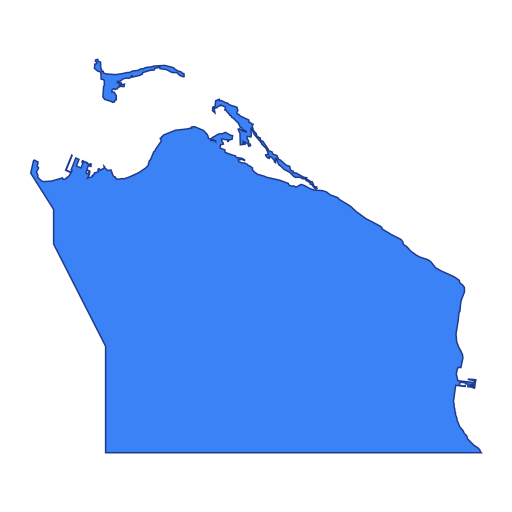 79, Madinat ach Shamal, Qatar
{"feature_id": "91078587B50341524344212", "entity_name": "79", "entity_type": "district", "adm_level": 2, "iso_a3": "QAT", "parent_name": "Qatar", "parent_adm1": "Madinat ach Shamal", "projection": "mercator", "projection_center": [51.268, 26.112], "detail": "fine", "context": "isolated", "style": "filled", "palette": "blue", "viewbox_px": 512, "rotation_deg": 0, "n_neighbors": 0, "source": "geoboundaries", "source_scale": "gbopen_adm2", "svg_char_len": 5943}
<svg xmlns="http://www.w3.org/2000/svg" viewBox="0 0 512 512"><path d="M481.3,452.7L480.2,451.3L479.8,449.9L478.1,448.0L475.0,445.9L474.6,446.0L467.5,438.8L466.8,435.9L464.0,433.1L463.3,431.0L459.7,426.7L456.9,419.6L456.9,418.2L455.5,414.6L455.5,412.5L454.8,411.1L454.8,408.9L454.1,406.8L454.1,404.0L453.4,401.8L455.7,385.3L465.2,386.5L465.4,385.9L464.9,385.7L464.7,386.1L459.4,385.4L460.0,382.6L460.7,382.2L465.6,382.9L465.7,383.8L467.8,384.1L467.9,386.7L470.1,386.9L470.0,384.5L471.3,384.6L471.2,387.1L472.7,387.2L472.5,384.2L474.2,384.4L473.3,387.9L474.6,388.1L475.4,381.3L475.8,380.9L475.8,379.7L468.5,379.1L468.4,379.5L474.4,380.6L474.2,382.6L457.9,380.7L456.3,374.1L457.1,369.9L458.2,367.3L460.9,367.6L462.9,358.0L462.5,354.7L460.4,350.0L458.9,347.6L456.7,341.8L456.0,333.9L458.2,320.4L459.0,312.5L459.9,311.4L460.7,302.9L461.5,299.6L464.5,291.8L464.4,287.5L462.6,285.0L459.8,282.9L459.4,280.7L459.0,280.1L454.1,276.8L440.7,270.7L435.4,267.6L430.9,261.8L428.1,259.8L419.7,257.0L416.0,255.0L410.7,251.1L406.9,246.8L403.3,244.4L403.0,242.2L401.0,239.5L391.4,234.6L382.2,229.0L381.8,227.6L380.5,226.3L365.8,218.6L356.1,211.5L350.3,206.1L339.2,199.4L337.9,197.7L330.1,194.8L326.4,191.9L322.3,190.6L314.4,190.1L310.2,188.7L304.1,185.4L301.0,184.4L296.1,187.2L293.8,185.9L291.7,186.2L288.7,184.9L288.3,183.4L279.6,180.2L266.4,177.2L264.0,176.1L257.1,174.2L256.5,173.4L254.8,172.4L252.4,169.8L252.5,168.0L250.2,166.2L248.8,165.8L247.3,164.4L244.5,163.0L242.4,163.0L239.0,161.8L238.3,159.9L242.2,159.4L244.5,160.5L244.5,159.8L242.2,158.4L236.3,157.4L235.1,155.6L233.7,155.5L225.1,152.4L224.8,149.8L220.5,148.3L220.2,146.9L220.5,144.8L223.4,144.1L223.0,142.7L221.6,140.5L221.6,139.1L222.7,138.8L224.1,139.5L228.3,139.8L227.6,140.5L227.6,141.3L228.3,141.3L229.0,140.2L232.2,139.1L232.6,135.6L230.4,135.2L225.5,132.4L222.0,133.8L219.1,133.8L212.1,137.7L211.9,139.4L215.7,140.9L215.7,141.9L214.6,140.7L210.6,140.5L211.3,139.1L208.5,138.4L207.5,134.8L203.6,130.5L194.4,126.6L191.6,127.0L191.6,128.4L190.9,128.0L186.8,129.0L175.5,130.2L163.8,134.9L161.6,137.0L161.7,137.5L160.2,138.4L161.4,141.0L155.8,148.9L155.1,150.8L153.8,151.7L150.7,159.3L149.1,161.1L149.2,162.4L148.4,163.6L148.4,165.2L145.4,168.2L138.7,172.7L129.1,177.1L124.1,178.8L122.1,178.5L119.4,179.1L116.4,179.1L115.3,177.0L114.0,176.7L113.1,175.7L111.0,170.0L107.7,170.5L104.7,167.8L104.7,166.9L104.0,166.2L104.4,167.8L102.3,169.3L101.8,169.2L100.5,170.3L99.1,168.7L98.4,168.9L97.9,170.6L98.5,171.4L98.0,172.0L94.4,172.9L94.4,174.1L92.3,175.5L92.6,176.2L91.0,177.5L89.9,177.2L87.4,178.2L89.3,174.6L89.9,171.3L89.4,171.0L88.3,174.0L86.0,173.0L86.9,170.3L88.5,170.8L88.6,170.5L86.8,169.7L88.4,165.5L90.9,166.5L91.1,166.1L90.5,165.8L91.2,164.1L90.6,163.8L90.3,164.7L86.9,163.3L87.2,162.7L85.2,161.9L84.9,162.6L84.9,161.8L82.5,160.7L81.9,162.1L83.1,162.6L81.0,167.9L76.4,166.0L79.0,159.4L75.8,158.0L71.1,169.9L72.1,170.7L71.2,172.2L66.1,170.2L72.1,155.4L71.8,155.1L65.6,170.2L71.0,172.7L68.6,176.5L66.3,177.9L66.1,178.8L64.0,179.4L63.2,179.3L62.5,177.9L51.5,181.1L43.4,181.6L41.8,181.1L37.5,177.2L37.9,176.0L37.7,174.6L36.8,173.0L36.6,171.7L38.5,168.2L38.5,167.6L37.3,166.4L37.3,165.1L38.0,163.6L37.6,162.7L38.0,161.9L34.9,160.5L34.2,159.6L34.4,160.5L33.5,160.8L30.7,173.1L53.6,209.4L53.6,244.0L105.6,346.2L105.6,452.7L481.3,452.7ZM219.2,99.3L215.7,100.7L214.9,107.1L213.5,106.8L212.8,107.1L212.5,110.7L214.9,112.8L214.2,108.5L217.1,107.5L218.5,106.1L220.6,105.7L220.6,105.0L225.5,107.1L224.8,110.0L226.2,110.0L226.6,111.4L228.7,113.5L229.8,115.3L231.2,115.7L231.5,117.1L233.3,118.2L238.6,123.5L240.3,127.4L241.8,127.8L242.5,129.6L243.9,129.9L247.0,132.2L242.5,131.0L239.6,128.8L238.2,129.2L240.0,133.5L240.3,144.8L245.3,144.1L245.3,143.4L243.1,143.4L243.1,141.3L247.7,143.4L248.8,146.3L250.6,145.6L250.2,144.1L248.8,144.1L248.5,140.6L247.0,138.5L247.4,136.3L250.9,137.0L251.3,135.6L251.0,128.5L251.7,128.5L254.1,134.2L261.2,142.7L261.9,144.2L266.1,148.4L268.6,154.1L265.7,154.8L266.1,156.3L267.9,158.0L269.3,158.4L269.3,156.3L271.4,157.3L273.9,159.8L274.6,162.0L275.6,162.7L275.6,158.4L276.3,158.4L278.8,164.8L280.6,165.9L284.1,169.4L289.7,172.3L294.0,176.6L295.4,177.3L300.3,177.3L302.4,178.7L306.0,179.1L306.0,180.5L307.4,180.9L309.9,182.7L310.2,184.1L311.6,184.4L314.4,188.0L315.8,188.7L316.9,188.4L316.6,186.9L314.4,186.9L312.3,181.9L310.9,181.6L306.7,179.1L306.7,177.7L303.9,177.3L296.1,173.0L293.3,172.7L293.3,171.2L291.9,170.9L290.4,169.8L289.7,166.3L286.2,165.2L280.6,160.2L278.5,159.1L277.0,155.6L272.8,154.1L272.1,152.0L268.6,150.6L268.2,149.2L262.9,141.3L260.8,140.6L260.1,137.8L258.7,137.4L256.6,135.6L256.2,133.5L253.4,130.6L252.7,127.8L252.0,127.1L253.1,124.2L251.7,123.9L250.3,122.5L248.8,122.1L248.8,120.0L240.4,116.1L239.0,114.6L236.8,113.6L237.2,111.4L237.9,110.7L236.9,107.2L229.1,104.7L227.7,103.2L224.8,102.5L224.1,101.8L220.6,100.4L219.2,100.7L219.2,99.3ZM106.1,73.9L103.3,72.8L103.3,71.4L101.9,71.4L101.5,69.2L100.8,68.5L100.5,62.1L98.4,61.4L97.7,59.3L95.5,60.0L95.5,61.4L96.6,62.1L96.9,63.5L94.8,64.2L94.5,68.5L97.6,71.0L100.8,72.1L101.2,79.2L103.3,79.5L104.3,80.6L104.3,85.6L103.6,86.3L102.9,97.0L104.7,99.4L111.7,101.6L112.4,102.3L114.6,101.9L114.6,100.5L116.3,99.8L116.3,95.6L113.9,92.0L111.8,92.0L112.1,89.9L113.2,88.8L113.9,88.8L114.6,89.5L115.3,89.5L116.0,88.8L117.4,88.8L118.1,87.0L119.5,87.0L119.5,84.2L120.7,84.4L121.0,86.3L123.8,86.7L124.1,86.3L124.5,84.2L121.7,84.5L121.0,82.8L120.2,83.1L117.4,82.8L117.4,81.3L119.5,81.7L123.1,78.9L125.2,78.2L129.4,78.2L130.2,77.5L131.6,77.1L131.6,75.7L132.3,75.7L132.3,77.1L140.1,75.3L140.8,74.6L142.2,74.3L142.9,72.5L150.0,70.4L154.2,70.0L154.9,68.3L159.9,67.2L159.9,68.6L166.9,69.7L170.5,71.8L172.6,72.6L176.8,72.6L179.7,75.4L183.2,76.8L184.2,76.5L183.9,73.6L182.5,73.3L181.1,71.9L178.2,71.1L174.7,69.0L173.3,67.6L164.8,65.4L153.5,66.1L152.1,66.8L145.7,67.5L142.9,68.9L140.8,68.9L137.9,70.4L132.3,71.1L129.5,72.5L127.3,72.5L121.0,73.9L115.3,74.6L106.1,73.9Z" fill="#3b82f6" stroke="#1e3a8a" stroke-width="1.5"/></svg>